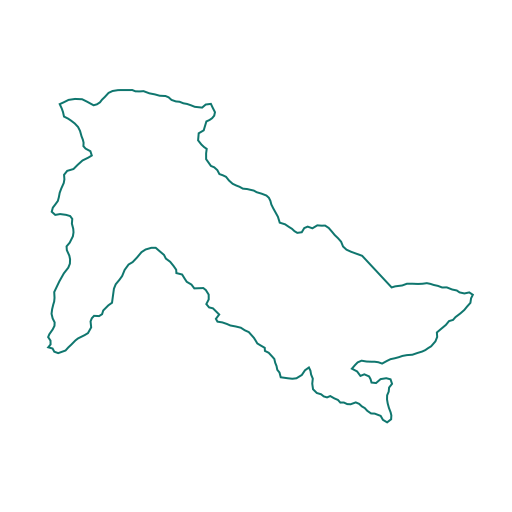 Santo Anastácio, São Paulo, Brazil, rotated 86°
{"feature_id": "56859067B41662494017714", "entity_name": "Santo Anastácio", "entity_type": "district", "adm_level": 2, "iso_a3": "BRA", "parent_name": "Brazil", "parent_adm1": "São Paulo", "projection": "orthographic", "projection_center": [-51.711, -22.014], "detail": "fine", "context": "isolated", "style": "outline", "palette": "teal", "viewbox_px": 512, "rotation_deg": 86, "n_neighbors": 0, "source": "geoboundaries", "source_scale": "gbopen_adm2", "svg_char_len": 4205}
<svg xmlns="http://www.w3.org/2000/svg" viewBox="0 0 512 512"><g transform="rotate(86 256 256)"><path d="M90.8,441.2L95.3,439.5L98.9,438.5L103.5,437.8L105.9,433.8L108.1,431.0L111.1,427.6L114.9,424.5L119.0,422.8L124.4,421.7L127.9,420.6L130.9,420.1L134.4,420.5L137.0,418.5L139.9,413.9L144.3,412.8L146.2,416.5L148.6,422.4L152.5,427.4L156.5,432.0L157.9,438.4L161.6,441.8L166.2,441.8L169.8,442.7L175.0,445.5L179.2,447.4L183.7,448.6L187.2,449.8L190.2,452.3L193.6,455.3L197.6,456.7L201.0,453.4L200.5,448.5L201.7,442.6L203.2,438.6L206.2,436.7L210.9,437.4L216.2,436.4L219.7,436.4L223.6,437.3L229.7,440.9L233.2,444.3L237.0,444.3L242.6,442.2L246.3,441.7L250.7,442.2L254.6,444.1L259.9,448.9L267.5,453.9L277.9,459.8L283.7,459.9L287.3,460.5L290.2,461.6L294.9,463.1L299.4,464.0L304.1,463.2L308.2,461.5L311.6,461.9L315.0,463.9L319.6,467.6L322.4,469.0L326.1,466.9L329.9,467.1L332.6,469.6L334.1,465.4L337.4,463.9L339.1,460.1L337.0,452.6L334.1,449.6L331.5,446.4L327.6,442.0L325.8,439.3L323.0,432.5L321.2,429.0L315.7,425.4L309.7,425.6L306.6,424.1L304.4,421.7L305.0,416.7L303.3,413.6L299.7,412.2L294.9,406.7L292.6,402.9L287.3,401.8L278.7,400.0L274.4,397.9L270.1,393.8L266.6,390.9L260.7,388.0L255.6,383.7L253.5,379.5L249.2,374.8L244.2,370.0L241.8,365.7L240.5,359.7L240.8,355.5L244.1,352.2L248.5,347.7L252.3,346.1L255.8,342.0L260.1,339.0L264.1,336.6L267.5,336.6L269.3,331.0L273.7,328.7L276.9,326.9L280.0,322.4L284.0,319.8L284.3,310.8L286.5,308.4L291.2,305.9L296.0,306.2L300.5,308.9L304.0,306.4L305.2,302.6L311.8,296.8L315.9,300.4L318.8,299.0L319.9,294.2L321.8,289.7L323.5,286.5L324.9,281.1L326.5,276.1L329.3,272.4L331.4,268.5L337.5,263.8L340.3,262.3L343.3,260.8L345.3,258.0L348.2,253.7L351.3,253.7L353.4,250.1L357.5,246.8L360.0,244.9L363.8,244.3L367.2,243.2L371.0,242.7L373.9,240.7L378.7,239.8L380.2,232.7L381.0,228.3L380.8,224.2L377.9,218.6L373.4,215.1L370.9,211.0L374.2,209.7L378.1,209.3L382.3,207.9L387.3,208.8L392.9,208.4L396.9,204.9L398.5,200.7L400.8,198.2L402.0,195.0L400.9,191.7L403.5,187.8L405.3,184.3L408.1,182.1L408.3,178.6L410.1,175.3L410.5,172.0L409.0,166.7L410.7,163.4L413.4,160.9L415.3,158.1L418.2,155.8L421.1,152.2L421.5,148.6L424.2,142.8L428.3,140.8L431.1,136.8L428.3,132.6L424.5,132.1L421.4,132.6L416.8,134.0L412.3,134.9L408.2,135.3L404.1,134.9L400.6,133.1L396.5,132.4L393.0,129.2L388.4,130.4L387.0,134.6L387.5,140.3L391.1,145.1L390.3,149.6L386.9,150.3L384.0,151.6L381.6,156.2L382.9,160.2L378.2,163.2L375.1,168.2L371.5,164.6L369.2,162.0L367.8,158.0L369.0,153.0L369.5,148.4L369.8,144.8L370.5,141.4L372.1,137.7L369.8,132.7L368.3,129.0L367.7,124.7L366.9,120.6L365.9,116.9L365.4,112.4L365.4,106.9L364.0,101.7L362.9,96.9L361.7,93.7L359.9,90.7L358.3,87.6L353.7,83.0L349.4,80.9L344.9,80.9L341.6,76.4L338.0,71.4L334.4,68.0L333.5,63.9L330.9,61.3L327.5,56.1L324.4,52.0L321.1,48.9L317.7,45.4L313.2,44.4L309.8,42.4L307.2,45.8L307.9,50.7L306.5,55.5L304.4,58.1L303.1,62.7L300.6,67.9L300.4,72.5L298.5,76.6L297.3,80.7L296.0,83.9L295.0,87.5L295.3,91.6L295.2,96.3L294.5,102.5L294.2,107.4L295.6,112.2L295.8,116.0L296.0,119.3L296.8,122.9L263.2,150.1L258.5,160.7L256.0,165.3L252.6,168.5L247.7,170.1L243.9,173.0L240.6,176.0L237.1,178.5L233.1,181.5L230.5,184.9L230.3,188.6L229.7,192.7L232.3,197.8L230.3,202.4L231.5,205.9L235.5,208.7L235.8,213.2L233.9,215.9L231.4,218.2L229.3,221.1L226.4,224.8L224.4,230.0L221.4,230.7L218.4,231.4L214.5,233.2L209.6,235.5L205.7,237.1L202.0,237.8L198.8,239.1L196.4,241.4L194.2,246.1L192.4,250.9L190.6,253.6L189.6,256.9L188.6,260.1L187.9,264.4L185.8,267.6L184.3,270.8L182.3,274.3L178.8,277.7L174.9,280.4L173.1,283.6L171.7,286.8L167.6,288.6L164.6,291.5L163.0,294.7L159.2,297.0L155.9,299.0L150.1,298.6L145.7,297.7L143.7,300.2L141.0,302.7L136.6,305.7L129.6,304.6L127.0,299.4L121.7,297.4L118.3,296.1L117.1,292.9L115.5,290.2L113.1,287.9L109.7,286.9L104.7,289.0L101.1,290.4L101.4,295.6L104.2,299.4L102.9,306.7L101.1,310.4L99.5,314.2L98.6,317.8L96.8,321.5L96.2,325.2L94.4,329.4L91.6,332.1L90.1,335.1L89.4,340.9L87.7,345.7L86.3,351.0L83.7,356.7L83.7,360.6L83.3,364.8L81.8,367.9L81.5,372.4L81.2,376.9L80.9,382.0L81.4,387.6L83.0,391.7L86.8,395.7L89.4,398.8L91.8,400.9L93.6,404.1L94.3,407.5L90.2,413.9L87.5,418.5L86.7,425.5L87.2,432.1L89.4,437.4L90.8,441.2Z" fill="none" stroke="#0f766e" stroke-width="2"/></g></svg>